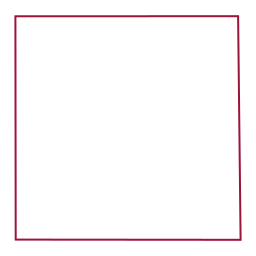 outline of King, Texas, United States of America
{"feature_id": "52423323B16867264390271", "entity_name": "King", "entity_type": "district", "adm_level": 2, "iso_a3": "USA", "parent_name": "United States of America", "parent_adm1": "Texas", "projection": "robinson", "projection_center": [-100.265, 33.617], "detail": "fine", "context": "isolated", "style": "outline", "palette": "rose", "viewbox_px": 256, "rotation_deg": 0, "n_neighbors": 0, "source": "geoboundaries", "source_scale": "gbopen_adm2", "svg_char_len": 193}
<svg xmlns="http://www.w3.org/2000/svg" viewBox="0 0 256 256"><path d="M15.7,239.6L240.6,239.8L238.1,16.2L215.9,16.2L15.4,16.3L15.7,239.6Z" fill="none" stroke="#9f1239" stroke-width="2"/></svg>